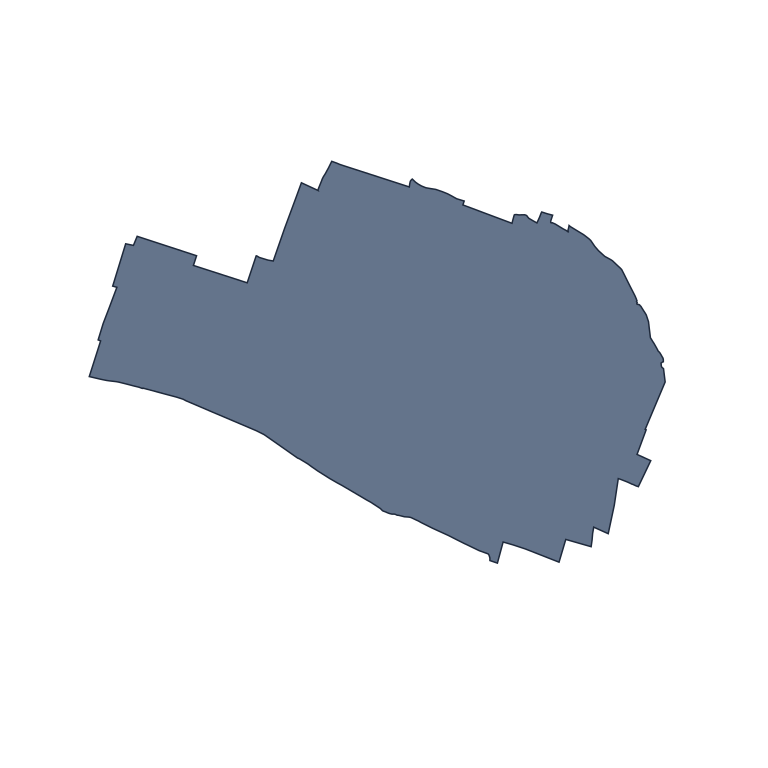 the district of Viisoara, Botosani, Romania, rotated 337°
{"feature_id": "2599482B94706495539971", "entity_name": "Viisoara", "entity_type": "district", "adm_level": 2, "iso_a3": "ROU", "parent_name": "Romania", "parent_adm1": "Botosani", "projection": "orthographic", "projection_center": [26.762, 48.16], "detail": "fine", "context": "isolated", "style": "filled", "palette": "slate", "viewbox_px": 768, "rotation_deg": 337, "n_neighbors": 0, "source": "geoboundaries", "source_scale": "gbopen_adm2", "svg_char_len": 3459}
<svg xmlns="http://www.w3.org/2000/svg" viewBox="0 0 768 768"><g transform="rotate(337 384 384)"><path d="M531.9,609.4L548.6,585.6L562.7,562.6L564.5,564.2L568.1,567.7L570.0,569.6L572.1,571.9L572.9,572.9L574.0,573.8L575.4,575.4L576.5,576.6L577.2,577.1L578.0,577.9L599.6,558.8L589.4,547.7L607.4,528.6L606.7,527.8L643.6,492.0L647.3,479.1L646.8,478.1L646.3,477.2L646.3,475.7L646.7,474.8L647.0,473.4L647.3,472.9L648.0,472.9L649.1,472.5L649.8,472.7L650.3,471.6L650.8,470.2L650.9,468.5L650.7,467.8L650.5,465.6L650.1,462.9L649.1,460.3L649.2,459.8L649.2,459.5L649.1,458.5L649.0,457.3L648.4,452.2L647.9,449.4L647.6,447.1L647.3,445.6L647.9,443.5L649.2,439.0L650.4,434.8L651.0,432.9L651.3,431.7L651.8,430.2L651.9,429.0L652.4,422.9L652.0,420.0L651.7,418.5L651.4,416.6L651.0,414.2L650.9,413.3L650.8,412.8L650.4,412.0L650.3,411.6L650.2,411.1L649.8,410.6L649.1,410.1L648.8,409.9L648.2,409.6L648.1,409.2L648.1,408.8L648.6,408.3L648.9,408.0L648.9,407.7L648.6,406.9L648.7,406.7L649.0,406.5L649.3,406.2L649.5,405.9L649.4,405.6L649.4,405.0L649.5,404.5L649.5,402.5L649.5,401.1L649.4,399.6L648.7,390.1L648.3,383.9L647.9,376.9L647.5,371.5L646.7,369.4L645.6,367.0L644.1,363.6L642.5,359.9L641.3,358.1L639.0,355.2L637.1,352.8L635.8,350.0L633.5,345.0L631.8,339.7L630.4,332.7L629.4,330.4L626.2,324.7L617.1,312.0L616.3,310.4L615.8,311.2L615.1,312.2L614.2,313.4L613.6,314.1L613.3,314.8L613.1,315.6L613.2,316.6L612.8,315.6L611.5,313.6L609.6,311.3L604.1,303.6L601.9,301.3L601.5,301.3L600.7,300.8L600.6,300.4L601.2,299.1L601.7,298.5L603.7,296.2L605.2,294.5L600.8,291.1L596.4,287.3L595.3,288.2L592.3,291.3L587.7,295.5L585.2,292.3L582.1,288.1L581.6,286.6L581.2,284.8L580.5,283.9L579.4,283.1L577.2,282.2L574.3,281.1L572.2,279.8L570.6,279.2L569.9,279.3L566.8,283.2L564.6,286.1L526.6,250.0L529.3,246.9L523.2,241.8L519.9,237.5L516.9,233.8L512.9,229.8L507.7,225.1L502.9,222.1L499.2,219.7L495.9,216.4L493.7,213.5L491.9,210.6L490.1,206.4L489.3,206.6L488.5,207.0L487.5,207.6L486.8,208.5L485.7,210.1L484.3,212.5L431.6,166.8L429.0,164.5L426.8,162.2L422.9,158.6L417.2,163.5L415.0,165.2L412.4,167.3L409.2,169.5L407.1,171.3L406.2,172.3L404.6,173.9L402.4,176.1L400.7,177.8L399.9,178.6L399.4,179.2L398.9,179.8L398.9,180.1L386.6,166.5L376.7,177.1L353.4,201.8L330.1,227.5L325.6,224.6L318.7,218.8L316.9,216.3L316.4,216.1L297.6,237.4L254.9,200.4L261.6,192.7L214.5,151.6L207.5,158.5L201.0,154.0L172.5,187.9L175.9,190.6L160.8,206.5L149.2,218.5L138.1,231.7L140.0,233.6L115.6,262.0L124.2,268.3L126.6,270.0L130.1,272.4L133.3,274.3L135.6,275.6L138.4,277.2L140.4,278.5L142.4,280.0L146.4,283.0L149.4,285.3L153.0,288.1L155.3,289.8L157.3,291.3L159.4,293.3L160.0,293.7L160.2,293.8L160.3,293.7L160.5,293.6L179.4,308.4L187.9,315.0L193.2,319.6L195.2,322.1L214.9,342.6L248.2,377.1L253.9,383.8L275.5,418.4L276.9,419.8L282.6,427.7L285.2,432.1L289.3,438.6L297.1,449.8L302.3,456.7L305.5,460.7L322.8,484.1L325.5,487.5L332.0,497.2L333.1,500.0L333.3,500.3L333.9,500.9L335.6,502.5L336.4,503.4L337.4,504.4L338.6,505.5L340.5,506.9L342.5,507.7L343.5,508.4L344.8,509.9L346.3,510.7L348.3,512.2L350.9,514.2L351.9,514.7L353.5,515.5L355.2,516.4L356.7,517.5L360.6,521.9L362.0,523.4L364.0,526.0L367.5,530.1L372.2,535.6L376.2,540.0L384.0,548.5L390.3,556.0L396.0,562.7L396.6,563.3L406.5,574.6L413.5,581.1L413.8,582.7L413.5,585.5L412.5,587.9L418.4,593.2L431.9,576.0L439.9,582.5L449.7,591.1L475.5,616.4L490.6,598.1L511.1,614.7L514.6,608.9L517.6,603.2L519.8,599.8L521.1,597.7L531.9,609.4Z" fill="#64748b" stroke="#1e293b" stroke-width="1.5"/></g></svg>